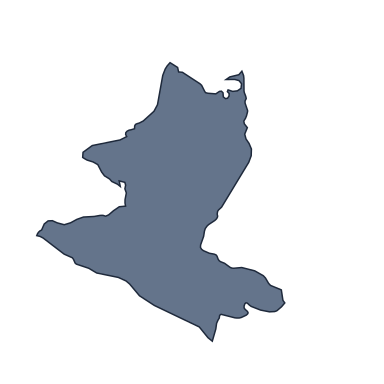 map outline of Udine (Robinson projection), rotated 202°
{"feature_id": "ITA-5455", "entity_name": "Udine", "entity_type": "Province", "adm_level": 1, "iso_a3": "ITA", "parent_name": "Italy", "parent_adm1": "", "projection": "robinson", "projection_center": [13.121, 46.147], "detail": "fine", "context": "isolated", "style": "filled", "palette": "slate", "viewbox_px": 384, "rotation_deg": 202, "n_neighbors": 0, "source": "natural_earth", "source_scale": "10m", "svg_char_len": 2641}
<svg xmlns="http://www.w3.org/2000/svg" viewBox="0 0 384 384"><g transform="rotate(202 192 192)"><path d="M117.3,61.3L122.6,62.9L134.7,69.6L184.4,72.7L201.8,76.1L215.3,83.3L219.8,84.8L228.3,85.2L250.0,81.2L259.2,82.6L272.2,81.8L273.7,82.3L276.7,85.2L278.3,86.2L287.3,86.5L313.0,93.6L316.3,93.9L319.6,93.4L319.6,95.5L319.2,97.3L318.4,99.0L317.2,100.4L317.0,107.1L316.4,108.1L314.6,111.3L310.7,113.1L305.4,112.9L298.2,113.8L293.0,118.0L288.5,123.5L283.3,128.1L273.5,132.7L268.4,135.9L265.8,137.0L263.0,137.2L260.7,139.6L257.8,145.2L254.8,149.7L253.9,151.1L248.3,154.0L250.0,156.7L251.2,159.8L252.5,166.4L252.5,166.5L255.4,169.8L256.1,173.5L257.9,175.8L263.7,175.0L260.6,170.3L263.9,171.3L270.3,171.7L273.3,173.2L279.2,174.2L283.2,176.6L289.6,182.1L295.0,182.8L301.3,182.3L304.2,182.7L306.3,183.1L307.1,185.5L307.9,188.0L301.9,197.7L281.9,210.9L278.2,213.3L273.3,218.9L275.1,220.5L275.6,222.2L275.0,224.0L273.4,225.9L272.3,226.5L269.0,229.1L269.9,231.8L269.7,233.5L268.5,234.8L266.7,236.2L263.8,239.6L257.5,252.6L256.7,260.0L262.8,289.2L262.9,296.0L262.2,299.8L260.8,303.7L252.0,302.1L249.4,298.3L245.7,299.4L225.0,295.3L223.0,294.5L217.9,290.0L216.6,289.2L214.3,289.5L206.7,291.9L204.2,295.6L202.5,296.5L200.4,295.6L198.6,291.9L196.0,291.1L194.2,292.2L193.6,294.7L194.4,297.2L196.8,298.3L196.8,300.2L192.0,300.5L187.8,302.8L185.4,306.5L186.6,310.9L190.1,312.9L194.4,312.4L202.5,309.1L200.0,312.9L192.5,318.3L191.0,322.7L187.8,319.3L186.5,316.9L181.6,305.1L180.6,303.6L178.4,301.3L177.4,300.0L176.7,298.8L176.9,297.0L176.9,296.5L176.7,295.7L176.1,294.3L171.0,288.4L170.6,287.4L170.4,286.1L170.0,283.0L170.0,280.3L170.5,277.5L170.4,276.9L169.0,274.8L164.8,272.4L164.8,265.4L161.8,261.4L157.3,258.4L153.0,254.1L150.7,247.8L150.5,240.8L158.9,189.0L160.7,185.2L161.0,183.6L160.5,181.4L160.0,180.3L159.4,179.6L159.0,178.6L159.1,176.8L159.4,175.8L160.2,174.1L164.4,168.0L165.3,166.0L166.0,163.1L165.8,160.4L164.6,155.2L164.2,146.2L163.4,143.8L161.7,142.5L159.6,141.9L153.0,141.7L148.2,142.7L146.2,142.7L144.8,141.9L142.5,139.4L141.1,138.5L139.6,138.1L135.1,138.1L128.4,136.4L126.5,136.4L124.8,136.9L117.6,140.6L104.3,142.4L94.5,141.1L91.7,139.8L86.8,136.0L84.2,134.8L72.5,134.7L67.1,125.6L64.4,123.9L66.0,119.1L68.7,113.9L69.5,113.0L70.6,112.1L75.3,109.9L84.2,108.2L94.3,108.1L96.6,108.7L98.6,109.5L99.6,109.7L100.5,109.4L101.1,108.3L101.0,106.0L100.6,104.7L99.9,103.7L98.1,102.8L97.0,102.5L96.1,102.1L95.3,101.6L94.7,100.9L94.8,99.7L95.6,98.1L99.2,94.2L100.4,93.3L101.2,92.8L103.1,92.0L105.1,91.4L119.1,89.5L119.8,88.8L120.1,87.6L119.5,85.3L119.9,82.8L120.0,79.4L118.6,73.9L117.3,61.3Z" fill="#64748b" stroke="#1e293b" stroke-width="1.5"/></g></svg>